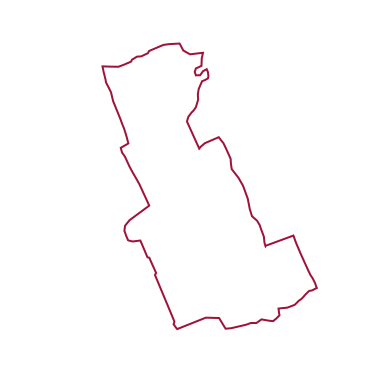 the district of Ak Bugday, Ahal, Turkmenistan, rotated 157°
{"feature_id": "10190150B31923585689840", "entity_name": "Ak Bugday", "entity_type": "district", "adm_level": 2, "iso_a3": "TKM", "parent_name": "Turkmenistan", "parent_adm1": "Ahal", "projection": "mercator", "projection_center": [58.565, 38.864], "detail": "fine", "context": "isolated", "style": "outline", "palette": "rose", "viewbox_px": 384, "rotation_deg": 157, "n_neighbors": 0, "source": "geoboundaries", "source_scale": "gbopen_adm2", "svg_char_len": 2381}
<svg xmlns="http://www.w3.org/2000/svg" viewBox="0 0 384 384"><g transform="rotate(157 192 192)"><path d="M213.8,52.8L209.1,51.3L200.4,49.8L194.2,48.7L188.9,48.4L188.7,48.3L185.5,46.9L184.0,46.2L177.8,47.6L171.7,43.6L167.7,41.4L164.6,42.4L164.0,42.5L160.5,44.0L159.7,44.3L159.6,44.5L159.1,46.7L158.8,47.7L157.9,50.9L154.2,49.8L149.5,48.3L141.5,48.0L136.1,50.2L132.8,50.9L131.4,51.5L130.3,52.0L128.1,53.1L123.2,55.1L122.4,55.1L120.1,54.5L114.6,54.9L114.6,56.1L114.5,57.6L114.3,60.3L114.5,62.7L114.6,65.1L115.3,68.8L115.4,69.0L115.7,75.6L115.7,75.9L116.1,93.4L116.1,103.6L116.0,106.7L115.7,111.6L115.7,112.3L116.0,112.3L145.1,113.7L145.5,113.4L145.5,113.7L145.1,117.0L143.3,122.8L143.0,129.2L143.0,130.4L142.6,135.2L143.2,139.4L143.3,140.2L146.1,145.9L146.2,146.1L146.1,147.7L145.5,153.7L143.3,163.9L142.8,173.2L142.6,177.7L142.6,178.0L143.7,187.0L146.5,197.5L146.4,198.0L144.9,203.5L143.5,207.3L143.5,209.0L143.7,218.7L144.0,224.9L144.7,227.0L145.4,229.8L146.0,232.0L161.2,231.9L162.0,231.6L166.1,230.3L168.4,229.1L168.4,230.1L169.1,258.9L166.7,261.8L165.8,262.8L161.2,265.4L159.3,266.1L156.8,267.6L155.4,268.4L150.2,274.7L148.8,278.7L148.4,279.8L146.2,283.2L145.6,284.2L139.9,289.6L139.6,290.0L137.1,290.0L136.3,290.0L133.0,290.3L132.8,290.6L131.7,292.0L130.5,296.1L130.5,299.3L134.7,298.9L135.1,298.6L138.9,296.3L142.7,297.9L142.8,297.9L142.6,301.4L140.2,304.2L134.3,304.4L134.0,304.4L130.8,311.2L130.7,311.4L130.0,312.3L127.5,315.8L131.4,317.0L140.0,319.5L144.7,325.6L145.4,333.5L155.1,337.0L160.9,338.6L176.3,338.6L178.4,337.0L185.8,336.7L189.8,338.1L195.6,337.2L197.2,335.8L205.6,335.8L210.7,336.0L217.7,339.1L224.2,342.1L225.3,342.6L226.5,336.7L227.6,329.5L228.3,326.6L228.3,325.7L227.9,320.7L227.6,315.3L228.7,308.9L229.0,307.0L229.1,306.3L229.4,287.3L229.6,283.2L229.8,276.4L230.5,269.2L231.6,261.6L232.0,261.5L240.3,260.5L241.0,255.7L239.9,250.7L239.6,239.8L238.9,232.5L238.1,226.3L237.4,219.8L237.0,206.9L236.7,196.2L237.0,196.1L257.8,191.1L260.6,190.4L260.8,190.3L266.8,187.1L269.4,182.7L269.4,182.0L269.7,177.7L269.7,173.6L269.7,172.6L269.2,172.1L267.0,170.4L266.1,169.7L258.5,167.5L258.5,149.3L257.4,148.5L257.0,148.2L256.9,141.2L256.7,134.1L256.7,132.0L256.7,131.5L258.5,130.1L258.8,80.7L258.8,79.6L260.6,77.4L259.9,74.1L259.2,71.6L258.9,71.6L236.5,71.1L228.3,70.9L216.3,65.4L215.5,59.8L214.5,53.1L213.8,52.8Z" fill="none" stroke="#9f1239" stroke-width="2"/></g></svg>